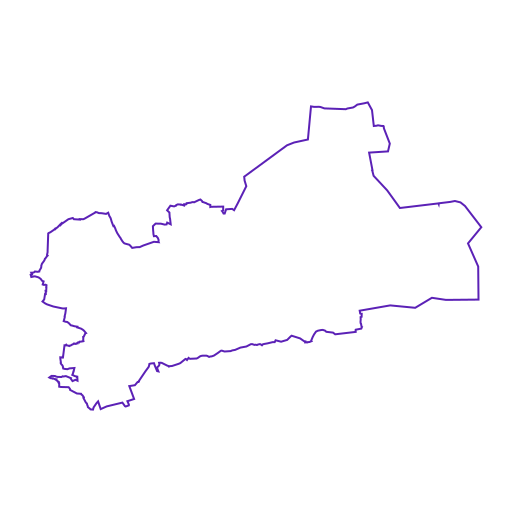 Barneveld, Gelderland, Netherlands (Mercator projection)
{"feature_id": "6326949B49000859839667", "entity_name": "Barneveld", "entity_type": "district", "adm_level": 2, "iso_a3": "NLD", "parent_name": "Netherlands", "parent_adm1": "Gelderland", "projection": "mercator", "projection_center": [5.571, 52.171], "detail": "fine", "context": "isolated", "style": "outline", "palette": "violet", "viewbox_px": 512, "rotation_deg": 0, "n_neighbors": 0, "source": "geoboundaries", "source_scale": "gbopen_adm2", "svg_char_len": 5774}
<svg xmlns="http://www.w3.org/2000/svg" viewBox="0 0 512 512"><path d="M367.8,102.4L364.2,103.3L357.3,104.6L354.8,106.5L353.0,107.5L347.4,108.5L345.8,109.2L324.4,108.4L320.5,107.0L319.0,106.8L314.2,106.9L311.0,106.4L307.9,139.5L294.1,142.5L287.0,145.3L244.2,176.7L244.6,180.6L246.3,186.2L237.7,203.4L234.1,210.2L232.2,208.9L226.1,209.3L224.7,213.5L223.6,213.5L223.5,213.2L223.1,212.8L222.4,211.4L222.0,211.0L223.2,210.3L223.2,206.6L211.1,206.8L210.3,207.0L210.3,204.9L207.3,203.9L206.5,203.3L202.9,202.0L202.5,202.0L202.0,201.0L200.4,199.5L198.9,200.0L194.1,202.3L193.4,202.1L192.4,202.1L190.6,202.7L186.6,203.2L186.4,204.2L186.2,204.3L184.1,204.2L184.0,204.9L184.4,205.4L184.3,205.6L182.0,204.8L181.0,204.8L180.9,204.5L177.7,204.4L176.2,205.1L176.1,205.6L174.1,206.4L170.4,205.7L167.1,210.3L169.4,212.5L169.7,217.2L170.1,219.0L170.7,224.3L167.2,222.6L166.6,224.4L164.7,224.6L161.0,223.7L155.6,223.6L152.9,226.2L153.1,230.0L153.4,233.1L153.4,233.9L153.9,236.2L156.2,236.0L157.8,237.9L158.5,239.6L158.6,240.8L158.4,241.5L158.7,242.2L153.9,241.8L143.3,245.5L139.7,247.1L136.4,247.2L132.2,247.9L130.1,245.5L129.2,244.7L125.1,243.6L124.3,243.3L123.4,242.5L122.3,241.1L120.8,238.7L120.7,238.3L119.8,237.1L117.3,233.2L115.9,230.3L115.2,228.3L114.0,225.8L113.4,226.1L113.0,225.2L111.6,221.5L110.9,219.0L110.5,217.9L109.3,215.9L108.2,212.7L106.1,213.9L101.6,213.2L98.9,213.1L97.0,212.3L95.5,212.1L95.3,212.5L93.9,213.3L84.5,218.7L83.3,219.2L79.8,219.1L79.9,219.6L73.9,219.2L72.8,218.0L68.4,219.2L62.4,223.4L61.9,222.9L60.9,223.8L61.2,224.2L61.1,224.5L60.3,225.3L59.9,224.8L57.4,227.4L55.4,228.8L55.2,228.6L55.0,228.8L55.3,229.1L55.0,229.4L54.7,229.3L50.3,232.3L48.5,233.1L48.2,233.5L48.2,234.2L47.6,250.7L47.6,252.1L47.0,255.0L47.6,255.6L46.9,256.3L45.4,258.4L44.9,258.8L44.6,259.9L43.9,261.1L41.9,263.8L41.7,264.6L41.3,265.6L41.3,266.6L41.1,267.8L39.4,270.7L39.3,271.5L37.8,271.8L34.9,271.5L34.5,272.0L33.4,272.6L31.4,272.7L31.9,273.5L32.0,273.9L32.0,274.3L31.9,274.3L32.0,274.5L30.7,274.8L31.3,277.0L34.8,276.3L38.0,277.2L38.9,277.6L40.7,278.9L42.1,280.8L43.6,281.4L42.7,284.5L43.8,284.9L45.6,284.7L46.5,285.2L46.2,287.2L46.4,287.3L46.2,290.8L46.2,291.1L45.6,291.0L45.8,292.5L45.8,294.0L45.1,293.9L44.2,299.4L42.5,301.5L45.3,303.5L47.1,304.4L53.3,306.5L62.3,308.4L63.6,308.5L66.0,308.3L65.7,310.8L65.3,313.6L64.7,316.0L64.6,316.6L64.8,316.8L64.7,317.4L63.7,321.1L65.4,321.7L67.3,322.0L68.9,323.2L70.8,325.3L72.8,325.7L73.1,325.9L74.8,326.3L77.4,326.7L77.2,327.4L81.0,328.6L82.8,329.7L83.9,330.6L86.0,333.1L85.3,333.4L83.7,336.7L83.1,337.0L83.3,337.8L83.2,340.4L83.5,341.1L83.1,341.3L82.8,341.4L82.4,341.3L80.7,341.7L79.5,341.7L79.2,342.0L79.1,342.4L78.7,342.3L77.5,343.0L77.5,343.4L77.3,343.4L77.2,343.0L76.2,343.8L75.7,343.7L75.4,343.9L74.6,343.5L74.0,343.5L73.9,343.9L73.4,343.9L72.8,344.4L72.1,344.6L71.0,345.3L70.1,345.7L69.4,345.7L69.2,346.0L67.0,345.3L66.2,345.4L66.1,345.2L66.2,344.9L66.1,344.7L65.1,345.4L64.5,345.3L63.0,357.1L62.7,357.0L62.6,357.6L60.3,357.3L60.3,358.3L60.9,362.5L60.7,362.7L60.7,363.2L61.4,364.4L62.2,365.1L62.9,366.4L62.9,367.2L63.1,367.7L63.2,368.5L64.6,368.9L67.4,369.2L69.5,368.4L74.4,368.0L73.6,371.5L73.4,371.5L72.9,373.6L72.3,374.9L75.1,376.2L76.7,376.5L76.8,377.0L77.3,376.9L77.5,380.7L75.5,379.8L72.5,381.1L70.6,378.4L70.8,378.1L65.9,376.1L63.3,376.5L62.6,376.3L61.5,377.0L57.5,376.9L55.5,376.4L55.0,376.0L51.5,375.9L49.3,377.5L50.6,378.2L52.3,378.4L52.7,378.6L53.0,378.3L55.3,379.4L55.6,379.2L56.1,379.5L56.5,379.4L56.5,380.3L58.0,381.4L58.0,381.6L58.5,382.6L58.9,382.4L59.0,382.9L59.2,383.1L59.2,386.7L61.0,387.0L68.6,387.2L69.3,388.0L70.0,389.0L70.1,389.9L76.9,393.5L81.1,393.8L81.4,394.5L82.4,395.2L83.8,397.2L83.9,397.5L83.4,397.9L85.9,402.6L86.9,403.5L87.3,405.2L87.6,405.6L87.9,407.1L89.9,408.7L90.5,409.4L93.0,409.6L93.6,407.4L96.4,403.3L98.1,401.4L100.7,409.1L106.7,406.4L122.4,402.6L125.0,406.2L125.7,406.5L128.8,405.4L128.9,404.6L127.4,401.2L134.1,399.0L129.3,386.1L134.9,385.2L137.6,382.0L138.5,382.0L138.9,381.6L138.8,381.4L138.8,381.1L145.5,371.2L148.6,367.0L149.0,365.9L149.1,365.5L149.4,363.9L150.9,363.5L154.0,363.2L154.8,365.6L157.1,371.1L158.4,371.4L157.5,369.1L157.2,368.3L157.2,367.8L157.5,367.1L159.0,365.6L159.3,364.9L159.4,363.9L159.1,362.8L160.5,362.7L161.8,362.9L167.2,365.6L168.7,366.1L168.8,366.5L169.1,366.5L169.3,366.2L172.0,366.0L178.7,363.8L180.3,363.1L185.5,358.9L186.0,359.0L187.0,360.0L188.6,357.9L189.4,358.6L190.2,358.8L196.6,358.5L197.7,358.0L200.1,356.3L201.2,355.9L202.5,355.7L206.5,355.7L207.5,356.0L209.0,356.9L209.4,356.9L210.1,356.5L211.6,356.4L213.9,355.6L217.8,353.0L220.4,351.1L221.1,350.7L222.0,350.7L224.5,351.5L230.6,351.1L232.3,350.4L235.1,349.9L240.4,347.6L246.4,346.5L250.8,344.2L252.1,344.1L254.5,344.9L255.4,344.7L257.0,345.0L258.0,344.5L260.0,344.1L261.3,344.7L261.7,345.2L262.0,345.3L262.7,344.4L264.0,344.0L267.4,343.4L272.8,342.1L274.7,342.1L275.6,340.3L281.1,341.7L287.2,339.9L290.7,336.4L291.6,335.7L300.1,338.4L304.1,341.2L305.4,341.4L305.2,342.4L306.7,342.4L307.1,342.4L307.1,342.2L309.5,342.0L311.4,341.2L311.1,340.9L312.6,337.2L314.0,334.5L316.0,331.6L317.9,330.7L321.3,330.0L322.8,329.9L325.0,330.6L326.3,331.8L333.0,332.6L335.2,334.3L355.7,331.9L355.6,329.9L355.7,329.7L361.3,328.6L361.8,327.3L361.7,327.3L361.0,323.7L360.7,323.4L360.5,322.0L360.7,319.5L360.6,317.1L361.6,316.8L361.7,313.8L361.1,313.8L360.2,313.5L359.7,310.7L390.2,305.4L415.2,307.8L431.9,297.8L446.0,299.9L478.5,299.6L478.2,266.5L468.0,243.4L481.3,227.2L465.0,206.0L460.5,202.4L454.9,201.0L450.3,201.9L438.8,203.3L438.7,204.1L438.4,203.4L399.9,208.0L387.2,190.4L373.6,175.8L372.3,170.7L372.2,170.5L372.5,170.4L369.1,152.6L388.0,151.4L389.8,143.6L383.9,128.3L383.7,126.3L383.4,126.0L381.3,125.9L378.0,125.3L376.7,125.7L373.8,126.0L372.0,110.1L367.8,102.4Z" fill="none" stroke="#5b21b6" stroke-width="2"/></svg>